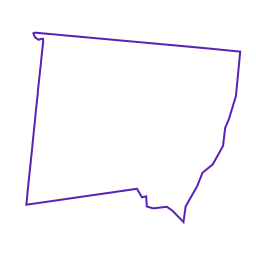 Panola, Texas, United States of America (orthographic projection), rotated 186°
{"feature_id": "52423323B10240344188589", "entity_name": "Panola", "entity_type": "district", "adm_level": 2, "iso_a3": "USA", "parent_name": "United States of America", "parent_adm1": "Texas", "projection": "orthographic", "projection_center": [-94.242, 32.184], "detail": "fine", "context": "isolated", "style": "outline", "palette": "violet", "viewbox_px": 256, "rotation_deg": 186, "n_neighbors": 0, "source": "geoboundaries", "source_scale": "gbopen_adm2", "svg_char_len": 603}
<svg xmlns="http://www.w3.org/2000/svg" viewBox="0 0 256 256"><g transform="rotate(186 128 128)"><path d="M221.1,41.1L112.7,68.5L106.9,60.5L102.8,62.0L101.1,51.9L94.6,50.7L81.1,53.7L75.6,50.7L63.0,40.3L62.5,56.0L53.2,77.2L49.2,91.3L39.9,100.7L31.6,120.1L31.4,138.1L28.6,147.2L24.0,171.2L24.4,215.7L55.7,215.5L230.5,213.1L232.0,212.3L230.0,208.5L226.2,206.4L223.0,207.8L221.8,207.8L221.4,205.0L221.4,181.3L221.5,154.7L221.3,152.5L221.4,147.1L221.4,138.8L221.4,135.1L221.3,122.9L221.3,113.7L221.2,92.3L221.2,92.2L221.2,53.1L221.1,49.0L221.1,41.1Z" fill="none" stroke="#5b21b6" stroke-width="2"/></g></svg>